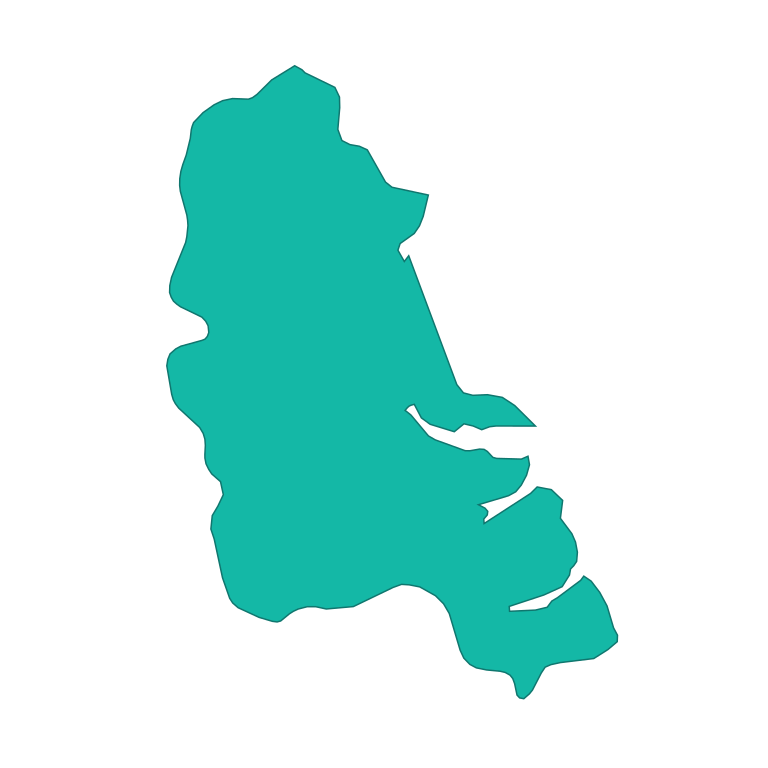 the State of Goa, rotated 176°
{"feature_id": "IND-3265", "entity_name": "Goa", "entity_type": "State", "adm_level": 1, "iso_a3": "IND", "parent_name": "India", "parent_adm1": "", "projection": "albers", "projection_center": [74.008, 15.335], "detail": "fine", "context": "isolated", "style": "filled", "palette": "teal", "viewbox_px": 768, "rotation_deg": 176, "n_neighbors": 0, "source": "natural_earth", "source_scale": "10m", "svg_char_len": 2517}
<svg xmlns="http://www.w3.org/2000/svg" viewBox="0 0 768 768"><g transform="rotate(176 384 384)"><path d="M450.9,707.7L443.8,703.1L441.1,699.9L412.3,683.3L408.4,673.3L408.9,662.7L412.3,641.2L409.0,629.8L401.3,625.2L392.0,622.9L384.3,618.7L368.4,585.3L362.3,579.7L326.6,569.4L333.2,548.5L337.6,539.3L343.3,532.1L358.1,523.0L360.8,516.5L355.2,504.8L350.4,510.2L311.4,378.3L305.4,369.6L296.2,366.5L281.5,366.1L266.9,362.4L255.1,353.4L235.9,331.5L275.3,334.3L281.6,334.0L289.7,331.6L298.0,335.9L307.0,338.7L317.2,331.5L340.8,340.6L349.1,347.6L355.2,361.6L358.3,361.0L360.5,360.2L362.3,358.8L364.8,356.2L359.3,351.2L343.3,329.1L336.8,324.7L307.7,311.8L303.0,311.4L293.2,312.4L288.7,311.8L285.6,309.5L280.5,303.2L276.8,301.9L252.2,299.5L245.4,301.9L244.5,293.3L248.2,283.0L254.1,273.6L260.1,267.3L267.5,263.9L298.2,257.0L291.9,253.1L289.4,249.7L290.1,246.2L293.9,242.3L293.9,237.8L245.4,264.6L238.4,270.6L224.4,266.9L213.9,255.4L217.4,237.7L207.0,221.5L204.0,213.0L202.8,202.7L204.2,193.6L207.4,189.5L210.8,186.5L212.3,180.5L220.4,169.4L239.2,162.4L274.6,153.4L274.6,148.5L248.7,147.9L236.8,149.9L231.7,155.8L225.9,158.7L201.5,174.4L198.1,178.4L191.1,172.9L183.3,161.0L177.0,147.1L172.0,124.7L168.6,117.1L169.3,110.7L179.1,103.5L193.9,95.5L227.5,93.8L237.1,92.4L243.0,90.3L247.3,84.7L257.2,68.4L260.5,64.8L266.5,60.3L270.6,61.4L273.0,64.4L274.6,76.0L276.1,81.2L278.6,84.8L283.2,87.8L288.3,89.4L301.6,91.6L311.7,94.4L317.9,98.3L323.5,105.0L326.6,113.1L334.9,150.5L339.9,160.6L347.4,169.2L362.5,179.1L372.9,181.9L380.5,182.9L389.2,180.4L430.1,164.1L457.3,163.6L467.6,166.6L476.1,167.2L485.3,165.5L490.2,163.6L494.3,161.4L503.6,154.8L507.2,154.1L511.8,155.0L524.9,159.9L545.1,171.0L550.2,176.1L552.9,181.0L558.6,201.9L564.2,241.2L566.8,251.4L564.5,264.7L558.2,273.8L552.0,284.8L553.9,298.0L562.1,306.3L564.8,311.1L567.1,316.8L567.8,322.6L567.6,326.1L566.5,335.2L566.5,341.4L567.8,347.3L570.9,353.5L590.4,374.2L593.5,379.0L595.3,383.0L596.5,388.5L599.4,417.3L597.9,423.7L595.3,429.0L589.2,433.6L584.0,435.9L562.6,440.2L559.5,441.2L556.9,443.8L555.2,447.6L555.4,454.4L557.5,459.1L561.0,463.4L581.6,475.2L585.0,478.0L588.2,481.3L590.2,485.4L591.5,490.2L590.8,497.1L588.5,505.2L572.0,539.0L570.4,544.8L568.5,555.7L568.5,561.1L568.9,566.3L573.7,590.3L574.0,596.4L573.4,603.0L571.8,610.3L569.4,616.9L565.3,626.2L560.1,642.5L558.5,651.1L557.4,654.4L555.7,658.1L545.5,667.4L533.8,674.5L525.2,677.9L515.2,679.3L499.4,677.6L495.2,678.8L490.4,681.8L474.8,695.2L450.9,707.7Z" fill="#14b8a6" stroke="#0f766e" stroke-width="1.5"/></g></svg>